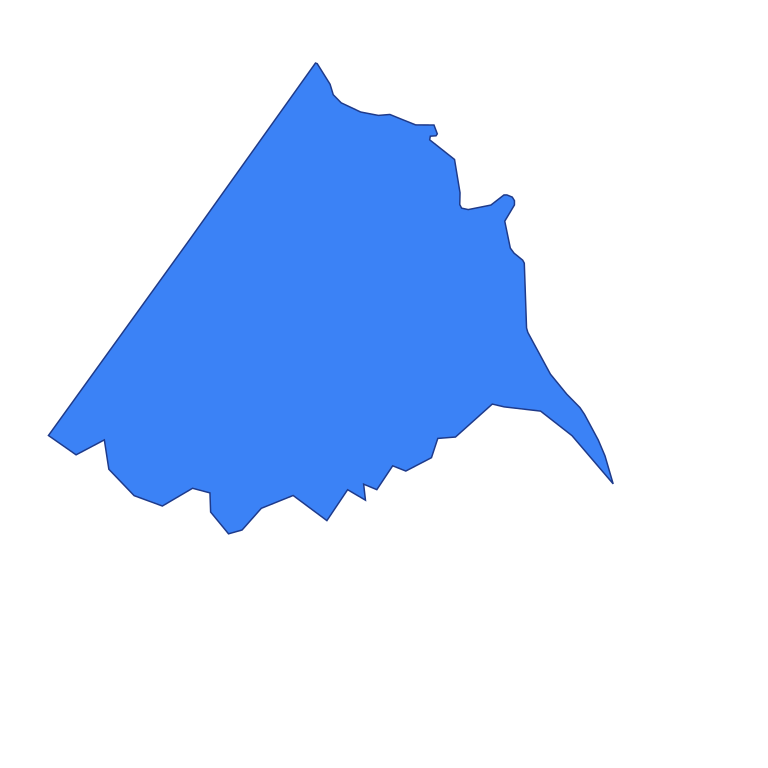 the district of Orange, Texas, United States of America, rotated 306°
{"feature_id": "52423323B30055377123023", "entity_name": "Orange", "entity_type": "district", "adm_level": 2, "iso_a3": "USA", "parent_name": "United States of America", "parent_adm1": "Texas", "projection": "orthographic", "projection_center": [-93.846, 30.055], "detail": "fine", "context": "isolated", "style": "filled", "palette": "blue", "viewbox_px": 768, "rotation_deg": 306, "n_neighbors": 0, "source": "geoboundaries", "source_scale": "gbopen_adm2", "svg_char_len": 1011}
<svg xmlns="http://www.w3.org/2000/svg" viewBox="0 0 768 768"><g transform="rotate(306 384 384)"><path d="M385.5,141.9L145.1,142.8L145.7,176.5L174.4,190.6L153.3,211.5L146.8,247.5L155.0,276.4L187.1,290.4L193.6,307.2L178.5,319.0L171.4,346.3L182.5,355.0L211.3,357.8L240.4,376.0L239.9,418.1L277.1,416.7L279.1,437.3L291.0,426.4L294.3,440.3L322.9,439.1L326.4,452.8L352.3,465.7L371.6,459.5L383.1,473.0L431.4,483.4L436.1,494.6L454.1,526.6L452.7,566.5L437.9,628.1L455.7,605.1L464.6,590.3L477.3,564.0L480.1,556.4L483.2,537.8L489.8,512.8L510.3,470.0L513.1,466.4L564.2,426.5L565.7,423.4L566.3,412.3L568.2,406.3L584.5,388.4L586.7,386.0L605.5,384.3L609.0,381.8L610.6,377.9L609.2,372.3L607.4,369.9L591.6,365.3L574.6,349.6L571.9,343.4L573.7,339.8L583.4,333.1L607.1,309.1L608.4,277.4L611.7,275.8L615.4,280.2L617.7,280.1L622.9,272.2L612.2,257.3L608.0,240.5L605.5,230.3L598.0,221.6L590.3,205.2L586.3,184.1L588.2,172.9L594.8,164.2L603.9,141.7L603.4,139.9L385.5,141.9Z" fill="#3b82f6" stroke="#1e3a8a" stroke-width="1.5"/></g></svg>